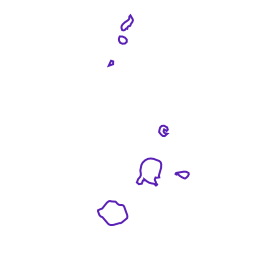 SVG path tracing the border of Torba, rotated 44°
{"feature_id": "VUT-560", "entity_name": "Torba", "entity_type": "Province", "adm_level": 1, "iso_a3": "VUT", "parent_name": "Vanuatu", "parent_adm1": "", "projection": "mercator", "projection_center": [167.217, -13.692], "detail": "fine", "context": "isolated", "style": "outline", "palette": "violet", "viewbox_px": 256, "rotation_deg": 44, "n_neighbors": 0, "source": "natural_earth", "source_scale": "10m", "svg_char_len": 1925}
<svg xmlns="http://www.w3.org/2000/svg" viewBox="0 0 256 256"><g transform="rotate(44 128 128)"><path d="M178.7,187.0L180.0,187.3L187.9,191.2L189.0,192.1L190.0,193.4L189.2,200.3L188.8,201.5L188.0,202.3L184.8,207.9L183.0,209.8L181.6,210.5L180.2,210.7L171.6,209.9L169.8,210.6L168.0,210.5L166.4,209.8L165.1,209.1L164.2,208.7L163.6,208.0L164.2,206.4L165.4,203.8L164.7,196.5L165.0,194.2L165.8,193.0L167.1,192.3L170.2,189.7L171.1,189.6L172.2,189.8L174.4,189.7L175.5,189.1L177.4,187.4L178.7,187.0ZM170.8,157.7L170.7,155.0L170.2,153.3L168.9,151.9L166.4,150.0L163.4,145.4L162.6,142.6L162.8,139.1L163.8,136.3L165.6,134.1L167.9,132.4L173.5,130.0L175.4,130.0L177.2,131.1L179.5,133.7L183.2,140.7L184.8,141.8L183.2,143.9L182.2,144.5L183.0,146.4L184.1,147.1L185.3,147.4L186.5,148.2L187.2,148.5L187.8,148.3L188.2,148.4L188.3,149.5L188.0,150.0L187.2,150.0L186.3,149.9L185.5,150.0L183.4,151.5L181.1,152.7L178.4,153.3L175.2,153.6L175.6,154.0L176.0,154.2L176.0,154.6L175.2,155.4L176.6,158.5L174.9,160.8L172.2,161.0L170.8,157.7ZM58.5,57.1L57.7,57.5L57.5,58.0L57.6,58.8L57.6,59.8L57.3,60.3L57.0,60.8L56.5,61.2L55.8,61.6L53.7,60.5L52.6,59.1L52.2,57.2L52.3,54.4L53.1,50.8L53.2,49.4L52.9,48.4L52.2,47.7L51.6,46.9L51.5,45.3L55.8,46.5L56.7,47.1L57.4,48.5L57.9,51.5L58.5,52.6L58.5,53.4L57.8,54.2L57.6,55.0L57.7,55.9L58.5,57.1ZM155.0,103.9L155.9,105.7L157.2,106.2L158.7,105.9L160.3,104.8L160.0,108.3L158.5,109.6L156.1,109.7L153.2,109.3L151.9,107.4L150.8,105.3L150.8,103.1L152.4,101.3L155.7,100.4L157.8,101.6L157.8,103.3L155.0,103.9ZM202.8,118.3L203.9,119.1L204.5,121.0L204.5,123.1L204.1,124.7L203.0,125.3L200.8,126.0L198.3,126.5L196.1,126.5L195.2,127.9L194.1,128.0L193.9,126.8L198.6,120.5L200.4,119.0L202.8,118.3ZM58.5,67.9L60.4,66.1L63.1,65.1L65.7,65.3L67.3,67.0L67.1,69.4L65.5,71.2L63.3,72.1L61.1,71.5L60.1,70.8L59.4,70.0L58.9,69.0L58.5,67.9ZM70.9,96.6L69.1,91.4L71.1,90.4L73.0,92.5L70.9,96.6Z" fill="none" stroke="#5b21b6" stroke-width="2"/></g></svg>